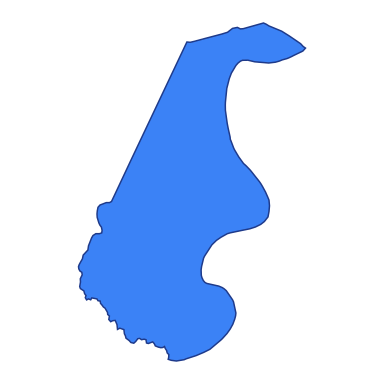 the district of Palestina do Pará, Pará, Brazil
{"feature_id": "56859067B39725810358642", "entity_name": "Palestina do Pará", "entity_type": "district", "adm_level": 2, "iso_a3": "BRA", "parent_name": "Brazil", "parent_adm1": "Pará", "projection": "robinson", "projection_center": [-48.372, -5.911], "detail": "fine", "context": "isolated", "style": "filled", "palette": "blue", "viewbox_px": 384, "rotation_deg": 0, "n_neighbors": 0, "source": "geoboundaries", "source_scale": "gbopen_adm2", "svg_char_len": 2327}
<svg xmlns="http://www.w3.org/2000/svg" viewBox="0 0 384 384"><path d="M80.3,278.8L80.5,282.0L79.7,286.6L80.4,288.6L83.9,290.9L84.6,293.7L86.0,295.5L85.3,297.7L86.6,299.9L88.5,298.9L90.7,299.8L91.8,297.9L96.9,298.9L98.0,300.7L100.2,301.1L100.5,303.3L102.1,305.2L103.4,307.0L105.0,308.1L107.5,312.4L107.7,314.5L109.4,316.0L108.8,319.5L110.7,321.7L112.7,320.7L115.2,320.4L117.0,324.6L117.5,329.4L119.8,328.2L123.9,329.6L124.4,333.8L125.4,335.8L126.0,338.2L129.1,340.5L130.9,342.5L133.8,343.2L135.7,341.5L137.8,338.7L139.7,338.4L141.5,339.7L144.1,339.2L146.0,339.7L146.5,343.0L148.3,343.5L152.7,341.9L154.3,343.7L155.3,345.9L158.3,347.1L160.9,347.7L162.8,347.5L164.5,346.5L165.2,348.4L166.6,350.5L167.2,352.9L168.8,354.6L168.7,357.2L168.2,359.3L171.2,360.3L176.4,361.0L184.2,359.7L186.2,358.8L196.1,355.6L203.7,352.4L209.9,349.3L220.8,340.1L222.3,338.7L227.0,333.5L230.2,329.0L232.8,324.3L234.7,319.2L235.6,315.8L235.9,313.0L233.5,301.8L232.5,299.7L226.3,290.7L224.0,288.7L222.3,287.6L218.8,286.1L206.7,283.4L204.8,282.3L203.3,280.5L201.9,277.5L201.3,275.3L201.1,269.9L201.6,266.4L203.6,258.1L204.7,255.9L211.9,244.8L216.4,240.4L220.9,237.3L227.3,233.7L230.4,232.8L241.4,230.5L249.8,228.8L255.4,227.0L260.7,224.4L264.4,221.5L268.0,216.9L269.0,211.5L269.5,205.8L269.0,200.1L267.5,196.5L266.6,194.5L265.5,192.0L262.5,186.5L260.9,183.8L259.3,181.5L250.4,170.3L246.3,166.0L243.5,163.5L238.8,157.0L234.7,150.1L233.7,148.1L231.1,141.2L230.3,139.3L230.1,137.0L228.2,128.5L227.2,123.3L225.4,110.3L225.3,105.2L225.4,102.3L226.8,88.4L229.3,78.6L231.4,73.1L235.9,65.5L238.0,63.1L240.5,61.1L242.5,60.3L247.9,60.2L254.7,61.8L268.7,63.0L272.8,62.5L275.4,62.2L279.3,61.1L282.2,59.9L286.9,58.6L288.7,57.9L291.7,56.5L293.4,55.6L302.9,51.0L305.5,48.1L303.2,46.5L300.6,43.7L291.4,37.4L289.2,35.9L281.7,31.2L268.9,25.9L266.2,24.2L263.5,23.0L243.2,28.7L240.4,28.9L237.4,27.4L232.5,28.4L227.5,32.3L221.6,34.1L192.4,41.8L190.2,42.3L186.9,42.0L130.9,160.3L114.5,195.2L111.5,201.5L109.5,202.6L106.3,202.6L100.0,205.0L98.0,207.3L97.3,210.8L97.0,214.0L97.2,217.4L98.9,223.0L99.9,225.1L101.4,227.1L102.1,230.4L101.7,232.9L99.4,233.7L95.8,233.7L93.0,235.5L91.6,237.9L88.5,245.8L87.9,250.0L83.2,255.1L82.4,258.9L80.6,262.0L79.2,264.6L78.5,266.6L78.8,268.9L79.9,271.0L81.8,272.3L82.2,274.8L80.3,278.8Z" fill="#3b82f6" stroke="#1e3a8a" stroke-width="1.5"/></svg>